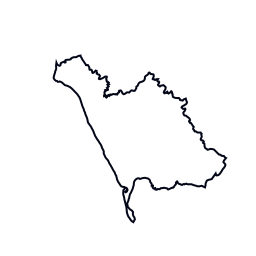 outline of Parrita, Puntarenas, Costa Rica, rotated 46°
{"feature_id": "36466004B95019586049956", "entity_name": "Parrita", "entity_type": "district", "adm_level": 2, "iso_a3": "CRI", "parent_name": "Costa Rica", "parent_adm1": "Puntarenas", "projection": "equal_earth", "projection_center": [-84.334, 9.549], "detail": "fine", "context": "isolated", "style": "outline", "palette": "ink", "viewbox_px": 256, "rotation_deg": 46, "n_neighbors": 0, "source": "geoboundaries", "source_scale": "gbopen_adm2", "svg_char_len": 5820}
<svg xmlns="http://www.w3.org/2000/svg" viewBox="0 0 256 256"><g transform="rotate(46 128 128)"><path d="M183.4,79.1L181.7,78.9L179.5,81.2L178.1,81.4L177.0,81.9L176.9,82.3L176.2,82.3L175.4,81.9L174.4,82.0L173.8,81.7L173.4,81.2L173.1,80.3L172.8,79.9L171.6,79.9L168.5,79.3L167.9,79.3L167.5,79.8L166.7,79.4L166.2,79.4L166.0,79.6L165.8,79.6L165.5,79.4L165.4,77.8L164.6,77.4L163.0,77.2L161.2,77.6L159.9,77.6L159.3,77.8L158.7,78.4L157.8,78.7L156.8,78.5L155.7,77.8L155.4,77.5L155.2,76.7L155.1,75.2L154.6,74.6L154.6,74.0L154.2,73.5L153.6,73.5L153.2,74.4L152.3,75.2L151.2,75.1L150.7,75.3L150.4,75.2L150.2,74.6L150.2,73.6L150.7,71.9L151.1,69.8L151.1,69.0L150.8,68.2L150.4,67.6L148.7,67.0L147.0,66.0L146.2,67.8L146.1,68.4L146.3,69.5L146.1,69.8L145.4,70.1L144.5,70.9L144.1,71.1L143.5,71.0L143.0,70.5L141.7,70.6L140.5,72.0L139.0,73.2L137.7,73.8L136.8,74.0L135.0,72.9L134.7,72.4L133.8,72.3L133.1,71.6L131.7,71.3L131.5,71.8L131.7,72.4L131.7,73.4L131.4,74.9L130.9,75.0L129.2,74.5L129.1,75.1L129.5,75.9L128.8,76.4L128.6,77.5L128.3,77.7L127.2,77.5L126.8,76.8L126.2,74.4L125.8,73.7L124.9,72.6L122.7,72.6L121.7,72.8L121.0,74.1L120.5,74.6L120.3,76.2L118.5,76.6L118.1,76.6L117.7,76.3L117.6,76.0L117.4,74.9L116.6,73.6L116.1,73.5L115.5,74.2L114.7,74.3L113.9,73.6L113.7,72.5L112.8,73.4L112.5,74.9L112.3,75.2L111.7,75.0L111.2,75.3L110.6,76.1L109.9,76.2L108.6,73.4L107.7,72.7L107.0,72.5L104.9,74.2L103.1,74.0L102.7,74.5L102.7,74.9L103.2,75.8L103.3,76.4L103.3,77.2L102.9,78.8L103.0,80.3L104.2,81.6L104.7,82.4L104.9,83.5L104.9,84.1L104.6,85.3L103.3,87.9L103.3,89.1L103.6,90.1L104.3,91.7L104.1,93.3L105.2,94.5L105.7,96.3L105.9,97.3L105.2,98.2L103.7,99.0L103.2,99.8L103.3,102.5L101.7,103.9L101.1,107.0L100.7,107.6L99.6,107.9L97.2,107.2L96.0,107.1L95.5,107.7L95.1,108.4L95.1,108.9L95.8,109.2L96.1,109.5L96.1,110.0L95.8,111.2L96.3,111.9L96.4,112.6L96.1,112.8L95.2,113.1L95.1,113.7L93.7,114.6L93.1,115.4L92.7,116.8L92.0,117.0L91.9,119.4L91.4,119.5L90.9,118.8L90.6,119.3L90.6,120.3L91.2,121.9L91.1,122.4L90.1,122.4L89.2,121.4L88.7,121.4L88.4,123.1L88.2,123.0L87.2,121.0L85.9,120.1L85.6,119.3L85.9,118.9L85.9,118.4L84.9,118.1L85.2,117.5L86.6,116.3L86.6,115.9L86.4,115.6L86.0,115.4L84.5,115.3L84.5,114.6L84.7,113.6L84.7,113.1L83.7,113.1L82.7,112.8L83.3,111.6L83.4,111.3L81.3,111.2L81.3,110.9L81.6,110.4L80.8,110.4L80.0,110.8L79.5,110.8L78.8,110.4L78.5,110.0L77.4,109.5L76.8,108.0L76.3,107.6L75.1,108.7L74.6,111.3L74.2,112.5L73.4,114.3L72.5,114.8L71.9,114.1L71.3,112.3L71.0,112.0L69.7,111.7L68.5,112.4L67.1,112.7L66.5,111.7L64.9,111.7L64.9,111.1L64.3,111.3L64.3,114.2L64.2,114.6L63.8,115.2L62.9,114.9L62.1,114.3L60.9,113.9L60.6,113.9L59.6,115.0L59.2,115.1L58.5,114.6L57.7,113.8L55.1,113.1L54.7,113.2L53.9,114.4L53.5,114.6L52.5,114.2L46.3,113.1L45.3,112.6L43.3,112.4L42.9,111.9L41.7,113.6L41.1,116.0L39.5,117.7L39.1,118.4L38.5,120.1L38.5,120.6L38.7,121.0L38.6,122.0L35.9,125.4L35.8,126.1L36.0,126.4L37.3,127.1L37.4,127.4L37.0,128.0L35.8,128.1L35.2,129.5L34.7,131.1L34.8,131.6L35.8,132.7L35.8,133.9L34.7,134.5L33.8,134.7L32.8,134.7L31.3,134.1L33.4,136.7L35.0,138.0L35.8,138.9L36.7,141.0L37.6,142.2L37.9,143.0L39.8,146.1L40.4,146.7L41.0,147.0L41.8,147.2L43.8,147.2L44.9,146.4L46.1,146.4L46.8,145.5L47.1,144.8L47.6,144.5L49.3,143.9L53.4,143.6L55.4,142.4L58.2,141.3L60.8,141.0L68.4,141.0L72.4,141.7L74.4,142.5L81.0,145.8L83.6,146.7L85.4,147.7L87.3,148.3L88.1,148.9L92.5,150.6L95.0,152.1L95.4,152.5L96.6,153.0L102.0,153.8L102.8,154.2L105.5,154.9L110.8,157.1L114.7,158.0L116.5,158.2L119.0,158.8L121.0,159.1L123.2,159.9L124.0,160.4L127.2,161.3L128.1,161.8L129.5,163.2L133.8,164.7L137.5,164.9L140.9,166.1L143.1,166.5L148.7,168.1L150.7,168.4L152.5,169.3L154.1,169.6L157.4,171.6L159.6,172.4L164.4,173.3L165.3,173.3L166.7,172.7L167.8,171.6L168.9,171.4L169.5,171.0L170.4,170.7L171.4,170.9L172.2,171.3L172.6,172.2L172.9,172.9L172.8,173.9L172.7,174.3L172.0,174.4L171.9,173.7L172.2,172.4L172.1,171.9L171.1,171.1L170.0,170.9L169.3,171.4L169.2,171.9L169.6,174.6L171.6,176.8L173.1,177.9L175.1,178.9L176.7,180.1L184.1,184.3L184.9,185.0L188.1,187.5L189.8,188.4L191.7,189.2L196.7,190.0L197.3,190.0L199.4,189.6L198.9,187.8L198.4,186.4L196.7,185.5L195.2,185.3L194.0,184.8L193.0,184.0L191.8,182.7L189.6,182.6L188.0,183.1L184.6,182.9L181.7,181.0L180.6,178.4L180.4,177.9L179.8,177.2L179.0,175.5L178.5,175.0L177.0,172.6L176.7,171.2L174.9,166.7L174.6,166.3L173.1,163.6L171.5,161.8L171.0,161.0L170.5,159.5L170.4,157.9L170.7,156.6L171.0,155.9L171.8,155.1L173.0,154.8L174.0,152.6L175.5,150.5L178.2,148.7L180.0,148.4L181.3,148.8L182.2,149.5L184.3,149.7L185.2,150.2L186.0,151.1L186.3,150.8L186.6,150.1L186.8,150.0L187.1,150.3L187.2,150.9L187.7,151.5L188.3,151.5L189.0,151.8L189.3,151.7L190.1,150.1L190.8,150.3L191.0,151.1L191.3,151.1L192.4,150.2L192.5,149.0L193.8,148.0L194.0,147.7L194.1,146.2L194.9,145.4L195.3,144.6L195.5,144.5L196.2,143.4L198.8,141.8L200.0,141.9L200.2,141.7L201.5,138.0L201.8,137.3L202.0,137.4L202.3,136.9L202.3,136.1L201.8,134.3L201.8,132.8L201.3,132.0L201.0,131.6L200.7,131.6L200.6,131.4L200.4,130.1L200.6,129.7L200.9,129.7L202.1,130.3L203.7,130.1L204.3,129.8L205.0,129.2L205.6,129.2L206.5,128.7L206.9,127.0L207.7,126.6L207.8,125.8L208.4,125.3L208.7,124.6L209.1,124.6L210.0,124.1L212.6,121.4L215.0,120.3L216.9,119.1L218.1,118.6L219.6,117.1L220.2,116.0L220.8,115.1L224.2,113.9L223.3,112.3L222.1,111.0L221.7,110.4L220.8,108.4L220.7,107.5L221.2,106.2L222.9,103.3L221.6,96.5L223.3,97.4L223.7,97.2L224.7,95.6L224.7,93.9L224.3,91.4L223.5,88.7L223.2,85.9L222.5,83.9L221.7,83.2L218.8,83.1L218.1,81.7L217.7,78.4L217.1,78.7L214.7,78.5L213.4,79.7L212.9,80.0L211.6,80.0L210.2,81.0L203.2,81.1L202.7,81.4L200.8,82.7L200.2,83.4L199.3,85.3L198.9,85.9L197.7,85.9L196.8,86.3L195.7,86.3L194.1,85.5L192.5,84.0L191.7,83.9L191.3,84.2L190.7,84.3L190.2,82.8L188.8,82.9L187.8,83.8L186.8,83.7L186.5,83.4L185.5,81.0L183.5,79.7L183.4,79.1Z" fill="none" stroke="#020617" stroke-width="2"/></g></svg>